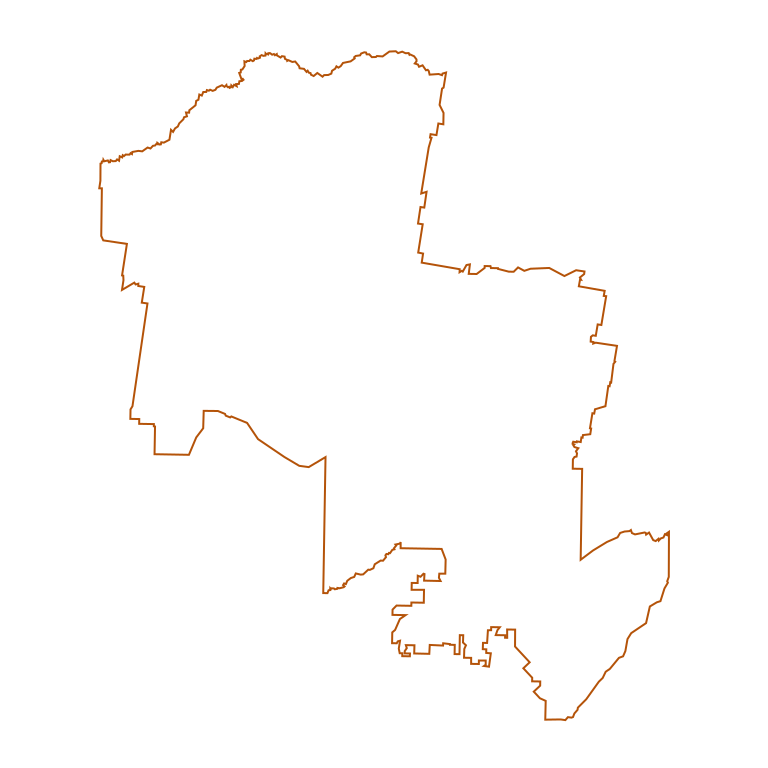 outline of Northern Grampians, Victoria, Australia, rotated 271°
{"feature_id": "25037944B95428670663886", "entity_name": "Northern Grampians", "entity_type": "district", "adm_level": 2, "iso_a3": "AUS", "parent_name": "Australia", "parent_adm1": "Victoria", "projection": "natural_earth1", "projection_center": [143.135, -36.85], "detail": "fine", "context": "isolated", "style": "outline", "palette": "amber", "viewbox_px": 768, "rotation_deg": 271, "n_neighbors": 0, "source": "geoboundaries", "source_scale": "gbopen_adm2", "svg_char_len": 6138}
<svg xmlns="http://www.w3.org/2000/svg" viewBox="0 0 768 768"><g transform="rotate(271 384 384)"><path d="M500.0,582.5L501.1,574.1L495.1,562.5L502.9,547.2L501.8,528.5L499.6,522.3L502.9,516.0L498.5,511.7L498.5,506.8L501.1,495.9L501.8,495.9L501.8,488.9L503.7,488.4L503.7,482.6L501.8,482.6L495.6,474.7L495.6,466.8L505.1,467.8L504.4,464.4L497.8,460.8L498.5,459.8L497.1,457.6L500.1,457.7L506.0,419.6L515.1,420.8L516.0,415.9L544.4,419.9L545.0,415.2L561.6,417.4L561.1,421.2L576.9,423.2L575.1,417.9L621.4,424.6L631.0,427.2L631.2,425.7L634.6,426.2L633.8,432.1L645.4,433.8L644.7,438.8L656.1,438.8L664.0,434.7L680.4,436.9L681.4,438.4L696.5,440.6L695.4,437.1L693.8,436.6L694.9,433.2L694.1,424.2L697.7,423.3L698.9,422.2L698.4,420.5L703.3,417.0L701.8,413.5L704.0,412.4L705.0,409.2L707.3,410.9L709.1,410.8L712.2,408.4L714.0,404.3L713.6,403.7L715.3,402.9L715.1,399.8L716.6,396.4L715.1,392.3L716.9,390.0L716.5,383.6L711.5,376.9L711.8,371.2L710.8,370.2L710.6,366.1L713.4,363.5L713.3,360.9L715.1,360.3L715.3,358.5L714.0,355.3L712.2,354.4L711.5,350.0L710.2,348.5L709.0,349.0L706.0,345.0L704.3,337.4L701.1,335.2L699.5,332.9L700.8,330.9L698.4,329.7L696.3,326.6L693.4,325.9L692.0,322.8L691.8,318.7L690.2,317.2L693.8,311.9L690.7,308.3L692.0,305.6L693.6,305.1L693.9,303.5L695.9,302.2L694.7,301.1L697.7,298.5L698.2,294.1L700.2,293.6L704.9,289.6L704.4,286.7L706.1,282.8L705.4,281.6L706.4,281.4L707.4,279.3L709.6,278.9L710.0,276.2L708.6,274.9L710.7,271.2L712.0,271.0L710.8,269.2L712.0,268.2L711.3,266.4L712.8,264.4L712.9,263.4L711.6,262.5L712.4,262.0L711.6,260.6L712.5,259.8L710.3,259.7L710.0,257.6L710.7,255.9L709.4,254.0L708.1,254.3L707.2,252.1L707.8,251.3L706.8,250.6L707.0,248.7L705.3,248.4L704.5,247.2L705.9,244.7L704.6,243.8L704.6,241.5L703.5,240.7L704.2,238.8L699.5,239.1L696.0,236.9L695.7,235.4L693.0,235.3L692.5,233.8L686.3,236.2L686.7,237.4L685.7,238.2L684.5,236.7L684.2,234.1L681.5,233.7L681.3,231.0L679.2,231.5L680.6,228.9L678.2,227.6L679.9,226.1L678.0,225.8L677.4,224.5L678.5,223.9L678.0,222.8L679.2,221.4L680.2,221.2L678.3,219.4L679.9,216.8L677.4,211.6L675.2,210.3L674.1,207.6L675.2,205.0L674.2,203.8L674.8,201.8L672.9,201.2L672.8,198.2L669.2,196.8L670.2,194.3L665.0,193.5L663.8,191.3L659.4,190.7L654.3,184.6L651.9,184.4L652.0,181.3L648.2,182.3L647.2,179.4L645.2,178.8L641.0,174.7L637.9,173.4L635.9,170.6L632.4,168.7L634.4,166.6L624.5,165.2L621.5,159.7L621.8,157.1L619.7,156.7L619.5,155.5L621.1,153.3L619.9,153.3L620.3,152.4L618.5,151.0L618.1,148.8L615.4,146.4L616.3,143.5L612.4,138.2L612.8,134.3L611.6,128.3L609.5,128.0L610.4,126.6L608.9,125.6L608.9,121.7L607.4,120.1L608.2,118.8L606.0,118.3L607.1,115.8L602.6,115.2L603.9,113.2L602.2,111.9L602.0,109.0L603.1,106.7L601.0,106.2L600.8,105.1L602.7,104.0L601.8,100.4L603.3,99.5L601.7,99.3L601.5,98.0L599.8,97.8L599.4,96.7L582.2,96.9L574.7,95.9L574.7,98.5L527.1,98.7L522.7,100.8L519.6,124.5L488.0,120.2L487.8,121.4L483.3,121.7L473.5,120.4L481.0,132.6L479.2,133.9L480.0,136.6L477.7,136.6L476.9,142.6L461.1,140.4L460.4,146.1L357.4,132.9L354.2,131.0L344.7,131.0L344.7,139.9L339.9,139.9L339.9,154.6L337.7,154.6L337.5,155.8L309.8,155.8L309.8,190.2L327.3,197.2L336.6,204.0L354.0,204.2L354.1,218.4L351.3,225.6L349.6,226.3L347.9,230.8L348.9,231.9L342.7,247.8L326.7,259.0L309.2,285.8L300.7,300.7L299.6,310.2L309.9,326.8L173.9,326.9L173.9,331.1L176.8,332.2L177.0,333.7L178.7,333.8L177.9,334.4L178.8,334.8L178.7,337.5L177.9,338.4L178.4,340.9L179.3,341.0L179.0,343.2L180.1,347.2L180.9,348.1L182.2,346.6L183.9,347.6L183.3,349.4L186.6,350.7L189.4,354.2L190.6,357.6L194.1,359.1L193.0,364.0L193.3,366.5L198.1,371.5L197.9,373.1L199.6,376.6L203.6,377.9L207.4,383.7L207.3,386.1L210.9,389.0L212.7,388.4L214.1,389.4L213.9,391.3L215.2,391.9L215.0,393.0L218.3,395.2L218.9,397.3L219.9,396.8L222.8,399.1L223.7,398.3L224.7,402.7L226.2,403.4L220.1,403.5L220.1,444.5L209.6,448.7L195.4,448.6L195.3,442.6L191.2,442.3L188.0,444.0L188.1,427.5L194.7,427.8L195.0,426.8L191.9,423.9L192.9,421.1L185.6,421.1L185.6,415.2L178.7,415.2L178.9,427.6L166.0,427.6L166.0,415.2L162.7,415.2L162.7,400.4L158.6,396.5L153.3,396.5L153.3,409.6L149.3,404.0L138.3,399.4L135.8,396.6L125.0,396.6L125.0,401.3L126.9,402.2L127.6,404.5L119.7,403.4L115.1,404.4L115.1,407.0L112.2,407.0L112.2,414.6L115.0,414.7L115.0,409.4L117.3,409.4L120.3,411.4L123.3,410.4L123.3,419.0L115.1,418.9L115.0,434.0L123.9,434.3L123.5,447.6L125.8,447.7L125.1,454.5L124.4,454.5L124.4,459.3L115.2,459.3L115.2,464.2L134.2,464.2L134.2,467.6L126.9,467.5L124.2,470.5L120.5,468.9L111.7,468.8L111.7,475.9L105.7,476.0L105.7,483.7L109.2,483.7L109.3,490.5L105.1,490.6L103.8,488.9L103.2,493.9L116.6,495.5L116.9,490.9L120.5,490.9L120.6,487.4L126.9,487.5L126.9,491.6L139.6,492.2L139.7,495.4L142.8,495.4L142.8,504.0L139.8,501.7L134.9,500.1L134.9,509.5L132.4,509.5L132.4,511.6L140.7,511.4L140.7,519.4L123.8,519.6L108.3,534.5L102.2,528.3L92.9,537.3L89.3,537.3L89.3,545.4L85.1,545.4L79.0,539.1L72.5,545.4L70.0,551.2L51.2,551.1L51.7,566.5L51.1,571.2L54.1,573.7L53.7,577.3L54.3,578.8L57.9,580.1L61.6,583.2L63.8,583.5L72.3,591.7L90.1,604.0L93.9,607.8L100.2,610.7L103.1,614.8L114.3,623.7L115.9,627.8L121.2,630.0L133.2,631.9L139.2,635.5L149.5,650.2L166.2,653.7L170.5,660.6L171.7,664.2L184.5,668.0L190.3,671.3L191.7,670.6L196.1,672.1L241.2,671.5L239.3,668.9L237.7,670.0L238.7,667.5L235.4,666.1L234.4,663.4L232.3,661.5L234.0,661.1L231.7,658.4L232.6,655.9L240.1,651.6L238.0,648.7L239.7,648.3L240.1,647.2L238.0,637.6L239.3,634.5L242.3,633.4L241.2,632.0L240.7,627.1L239.2,622.7L234.8,620.2L229.9,609.6L221.2,595.9L211.7,583.7L302.6,583.6L302.6,574.2L312.0,574.2L314.4,575.8L314.8,577.8L318.0,578.2L320.1,577.1L323.2,579.4L324.3,575.5L326.0,574.4L326.9,575.3L327.5,573.6L328.4,573.7L329.6,574.2L329.1,577.7L330.0,577.8L329.4,581.7L334.0,582.3L333.8,583.5L336.4,583.8L337.4,591.1L343.1,591.9L343.3,590.7L358.4,592.9L358.1,594.7L362.4,595.4L365.7,605.8L385.9,608.3L385.7,609.6L389.7,610.2L389.4,611.1L408.2,613.1L410.3,614.8L410.9,614.0L426.2,616.3L429.0,595.0L428.1,592.5L429.6,592.7L430.0,589.9L434.8,590.1L436.3,591.9L435.9,594.9L447.3,596.6L446.8,600.3L475.7,604.6L475.9,602.2L481.0,603.0L485.1,577.1L491.9,578.2L491.7,579.2L493.9,578.0L497.4,582.2L500.0,582.5Z" fill="none" stroke="#b45309" stroke-width="2"/></g></svg>